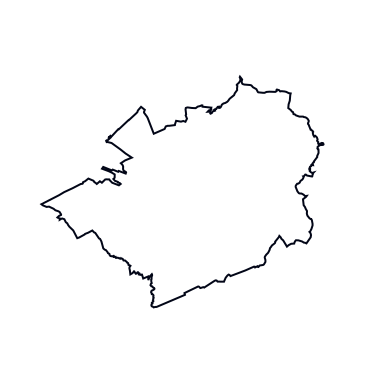 the district of Valenii De Munte, Prahova, Romania, rotated 332°
{"feature_id": "2599482B21871651399137", "entity_name": "Valenii De Munte", "entity_type": "district", "adm_level": 2, "iso_a3": "ROU", "parent_name": "Romania", "parent_adm1": "Prahova", "projection": "natural_earth1", "projection_center": [26.048, 45.192], "detail": "fine", "context": "isolated", "style": "outline", "palette": "ink", "viewbox_px": 384, "rotation_deg": 332, "n_neighbors": 0, "source": "geoboundaries", "source_scale": "gbopen_adm2", "svg_char_len": 6087}
<svg xmlns="http://www.w3.org/2000/svg" viewBox="0 0 384 384"><g transform="rotate(332 192 192)"><path d="M280.0,280.8L282.7,278.2L283.5,276.7L284.6,273.2L284.6,271.8L284.0,271.5L283.4,270.3L282.8,267.1L283.2,265.1L284.6,262.8L284.5,260.3L284.7,258.3L284.4,256.1L286.6,250.5L290.5,249.8L291.5,249.3L290.1,248.8L289.8,248.4L289.3,246.8L288.0,244.8L286.3,243.8L285.8,243.2L285.4,241.0L285.9,236.2L286.3,235.5L286.8,235.0L288.7,234.1L289.9,234.5L291.4,234.3L293.1,233.1L295.0,232.9L296.3,232.3L297.7,231.1L297.6,230.4L298.3,230.6L300.2,229.8L300.7,230.1L301.3,231.5L304.9,234.4L305.3,234.7L305.7,234.5L306.5,233.4L307.2,232.9L307.4,232.3L308.5,231.9L307.0,231.6L306.1,230.0L305.8,228.6L306.4,228.4L307.1,227.1L306.4,226.9L306.3,226.7L308.1,225.1L309.4,225.1L309.9,224.2L310.3,224.2L311.5,225.1L311.6,224.7L311.4,223.7L312.2,223.2L313.5,223.0L313.9,222.6L313.9,222.3L319.0,219.9L319.3,219.1L322.0,217.0L322.4,216.3L323.5,214.1L323.6,213.7L323.2,213.4L323.2,212.5L323.6,212.4L323.9,211.3L325.0,210.9L327.1,210.7L329.7,211.9L330.4,211.8L330.7,210.8L330.5,210.2L329.6,209.6L326.2,209.4L326.2,208.3L326.9,207.1L326.5,205.5L327.6,204.5L327.9,202.4L327.2,200.2L326.4,200.0L325.9,200.3L325.8,198.9L326.2,197.1L326.7,196.0L327.2,195.8L327.1,194.4L326.6,193.8L326.4,192.7L326.0,192.6L326.6,187.1L326.4,186.4L326.7,185.7L328.0,184.7L328.5,184.0L328.5,182.1L327.9,180.3L327.0,179.1L325.9,178.3L325.5,177.6L322.2,175.8L319.8,173.2L319.2,171.7L318.2,170.9L318.7,169.0L318.0,167.9L317.7,166.0L316.4,163.1L318.5,159.9L321.2,157.3L324.3,152.5L325.4,151.3L323.9,150.2L322.2,147.8L320.8,146.6L318.4,145.0L317.1,144.6L316.7,143.0L315.1,141.4L314.5,141.6L314.0,142.7L312.5,142.7L307.5,139.8L304.7,138.6L302.7,138.5L301.5,137.9L297.3,135.1L297.1,134.6L297.1,131.4L295.0,128.1L294.5,125.8L293.5,124.8L288.8,121.8L287.8,120.9L287.3,120.2L287.3,119.0L287.6,117.9L289.1,116.2L288.5,112.7L288.0,113.1L287.9,114.4L287.2,116.1L284.9,117.5L281.9,118.3L281.7,118.7L281.9,119.4L281.6,120.0L280.4,121.7L279.7,123.2L276.0,125.0L274.7,126.2L269.1,127.3L266.7,128.5L265.5,128.9L263.2,129.0L261.3,128.6L259.4,128.9L257.5,130.4L256.5,130.8L255.3,130.5L255.2,130.1L255.8,129.3L254.7,128.9L254.4,129.4L252.9,129.6L252.4,130.1L250.9,129.7L250.0,129.9L250.0,130.4L250.7,130.7L250.6,131.0L247.8,130.6L246.8,131.5L245.2,131.6L245.0,131.2L245.8,130.0L245.7,129.5L243.5,128.5L245.2,127.9L247.6,128.4L247.8,128.2L247.7,127.4L248.3,127.0L247.8,126.3L248.1,126.2L241.3,121.6L241.8,120.4L241.2,120.0L239.5,119.9L237.1,119.3L234.6,119.7L231.4,117.8L228.3,115.6L227.4,115.1L226.0,114.9L225.1,116.0L223.2,120.8L222.4,121.3L222.0,124.9L219.2,126.9L217.6,125.2L215.3,124.7L211.4,121.7L209.0,124.0L208.3,124.9L202.8,122.8L201.5,122.1L199.6,121.8L197.4,123.5L185.6,122.6L187.6,106.0L187.6,104.3L186.9,99.5L187.1,98.9L188.9,97.3L187.0,92.9L183.1,94.4L182.3,94.8L181.3,95.8L179.9,96.3L170.0,98.9L169.9,98.7L169.5,98.8L156.7,102.3L156.5,101.9L146.7,105.3L146.3,104.1L145.0,104.6L144.5,104.4L143.8,105.2L144.7,106.0L142.0,106.7L141.6,106.8L140.9,106.3L140.2,106.5L140.1,107.9L141.1,108.4L144.0,111.0L148.8,120.8L151.4,126.8L155.0,133.4L147.8,132.7L142.7,133.2L143.3,135.2L143.3,136.4L143.1,137.3L141.9,139.4L141.7,140.5L141.8,141.3L143.0,143.2L143.0,143.8L142.1,144.6L137.2,139.0L136.3,139.5L132.5,135.0L131.4,135.3L125.4,128.2L123.5,129.2L128.2,134.5L130.3,137.3L132.0,140.2L130.5,142.9L130.0,143.3L128.7,143.6L129.2,145.9L131.1,148.1L131.3,148.4L131.1,148.8L132.4,150.2L132.8,151.4L130.6,151.8L125.9,146.4L124.9,143.0L124.9,142.1L122.3,140.6L121.2,140.2L116.8,141.5L115.7,139.3L111.7,140.2L111.1,138.5L110.4,137.5L110.5,136.9L110.2,135.7L106.8,131.5L102.7,132.3L100.4,132.2L99.6,133.2L99.2,133.3L97.5,132.7L88.3,132.6L79.1,132.1L73.0,132.4L53.3,132.1L54.0,133.7L56.6,136.9L58.9,137.8L61.9,141.8L62.8,144.0L64.9,146.2L65.7,147.4L65.9,150.3L65.6,150.8L63.4,150.7L61.2,151.3L61.4,151.7L62.1,152.1L62.3,152.9L62.9,153.4L62.2,154.4L64.1,154.3L65.0,154.5L66.5,156.1L66.4,159.4L67.2,161.2L67.1,162.7L67.4,165.0L69.1,170.2L69.0,178.9L70.9,179.2L77.3,179.1L77.9,178.8L81.1,179.2L85.9,179.2L86.6,181.7L87.4,182.7L88.1,189.3L88.8,190.3L88.8,193.1L87.2,200.2L87.9,202.0L88.7,202.9L89.2,205.5L89.1,206.5L90.0,207.8L89.7,208.7L89.9,210.2L91.4,211.4L92.9,211.6L93.0,212.1L92.6,212.7L94.1,213.4L93.8,214.2L93.9,214.5L95.7,215.2L96.2,216.0L96.7,216.2L97.2,217.2L97.6,217.4L98.2,217.1L98.4,217.7L99.2,218.2L99.4,218.6L99.4,220.3L100.7,221.0L101.6,223.2L101.6,224.0L102.2,224.8L101.7,226.6L102.6,227.5L103.0,228.3L101.6,229.0L100.9,230.0L100.3,232.2L98.9,235.8L101.4,235.7L103.6,234.8L103.8,235.2L103.7,235.8L104.0,237.8L104.8,238.0L105.9,237.4L106.6,237.4L106.8,238.0L106.6,239.0L107.4,239.3L107.4,239.5L106.6,240.1L107.6,241.0L108.8,241.3L108.8,241.9L109.0,241.9L108.3,245.5L113.6,246.0L112.1,249.3L114.9,246.8L118.0,245.7L118.0,246.1L117.5,247.1L116.5,247.9L115.3,250.0L114.9,250.1L113.9,252.3L113.7,253.5L112.6,253.8L111.6,254.8L111.9,256.2L112.6,256.7L112.8,258.1L113.5,259.0L113.5,259.6L113.1,260.1L112.2,260.3L110.0,260.2L108.9,261.1L108.7,261.8L109.0,262.8L108.6,263.4L109.3,264.0L109.5,264.6L109.3,265.6L108.6,266.3L108.5,267.4L108.0,267.5L107.3,268.7L106.6,269.3L106.7,270.2L106.4,270.5L104.7,270.9L104.7,271.9L103.8,272.0L103.0,272.8L102.8,274.0L103.5,274.7L104.0,275.9L105.6,276.2L106.3,276.7L107.3,276.9L137.5,279.5L137.9,277.7L152.9,278.3L153.5,278.6L153.9,279.4L154.2,280.6L154.4,280.8L157.3,281.3L157.9,282.1L170.5,281.0L171.6,281.2L172.2,281.8L172.5,283.1L178.1,286.2L181.5,283.5L184.0,282.4L185.5,282.1L186.2,282.8L186.5,284.3L202.2,286.3L211.7,287.0L212.3,287.4L212.3,288.2L215.0,288.3L215.0,289.1L215.4,289.4L217.3,288.7L220.5,289.8L221.5,289.7L224.0,288.2L224.9,286.5L225.4,284.1L226.0,283.3L228.1,282.2L230.7,281.4L233.3,279.6L234.5,278.2L236.6,277.3L237.2,276.8L241.1,276.1L241.7,275.7L242.1,274.9L247.5,272.6L248.5,271.8L249.0,273.4L249.0,275.4L249.8,277.5L250.2,284.8L252.3,284.3L255.3,284.3L258.0,285.5L258.2,285.2L259.7,284.0L261.1,283.4L263.2,284.6L266.0,287.4L267.0,289.2L267.8,289.7L268.9,291.1L275.5,287.7L276.8,286.0L277.1,285.1L277.3,283.9L277.0,282.4L277.8,282.3L280.0,280.8Z" fill="none" stroke="#020617" stroke-width="2"/></g></svg>